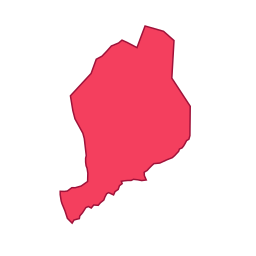 São João do Sabugi, Rio Grande do Norte, Brazil (Robinson projection), rotated 100°
{"feature_id": "56859067B32644205381825", "entity_name": "São João do Sabugi", "entity_type": "district", "adm_level": 2, "iso_a3": "BRA", "parent_name": "Brazil", "parent_adm1": "Rio Grande do Norte", "projection": "robinson", "projection_center": [-37.136, -6.688], "detail": "fine", "context": "isolated", "style": "filled", "palette": "rose", "viewbox_px": 256, "rotation_deg": 100, "n_neighbors": 0, "source": "geoboundaries", "source_scale": "gbopen_adm2", "svg_char_len": 1181}
<svg xmlns="http://www.w3.org/2000/svg" viewBox="0 0 256 256"><g transform="rotate(100 128 128)"><path d="M95.8,70.5L71.3,93.5L33.9,97.9L26.6,109.8L24.6,128.9L36.3,131.1L47.3,133.1L43.9,143.7L42.5,149.2L45.9,152.0L50.1,158.6L56.1,162.3L61.8,166.1L65.8,171.2L80.7,173.8L106.3,190.3L120.5,185.3L128.2,181.8L140.9,171.6L146.0,169.2L162.5,164.3L165.1,164.5L169.0,163.8L172.5,162.7L174.8,161.3L179.5,159.7L187.7,158.5L190.0,160.8L193.3,164.1L196.0,169.7L196.5,172.9L200.6,176.8L201.5,179.7L202.1,183.8L205.4,183.2L211.3,181.2L213.9,179.9L220.5,175.7L227.5,172.0L231.4,166.5L228.0,165.2L226.7,162.5L225.7,160.2L222.9,160.2L219.4,158.1L213.7,155.7L212.2,153.4L213.2,150.3L209.8,148.4L209.3,143.9L206.4,142.2L203.1,139.3L200.2,138.8L196.4,137.6L195.0,135.8L196.4,130.6L192.9,129.7L190.2,127.0L186.3,126.4L183.8,124.1L181.6,125.3L180.7,122.7L179.7,119.1L179.1,115.8L177.6,113.7L177.3,109.3L177.4,105.4L176.0,101.0L172.1,103.6L168.8,104.4L166.5,101.8L164.1,100.3L160.9,98.1L158.6,96.3L157.0,90.6L152.5,84.1L149.5,79.2L147.0,77.2L142.2,74.1L139.8,73.7L138.2,71.3L136.0,70.1L133.6,69.2L130.2,68.1L128.5,66.1L124.8,65.7L95.8,70.5Z" fill="#f43f5e" stroke="#9f1239" stroke-width="1.5"/></g></svg>